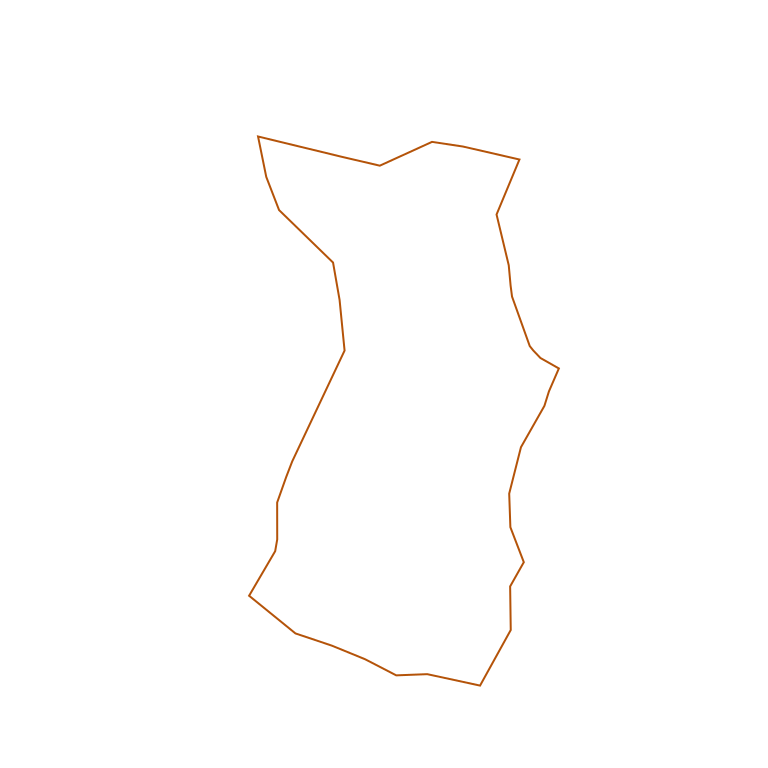 outline of O'lziit, Övörhangay, Mongolia, rotated 28°
{"feature_id": "93677404B71645043055089", "entity_name": "O'lziit", "entity_type": "district", "adm_level": 2, "iso_a3": "MNG", "parent_name": "Mongolia", "parent_adm1": "Övörhangay", "projection": "mercator", "projection_center": [103.414, 46.516], "detail": "fine", "context": "isolated", "style": "outline", "palette": "amber", "viewbox_px": 768, "rotation_deg": 28, "n_neighbors": 0, "source": "geoboundaries", "source_scale": "gbopen_adm2", "svg_char_len": 657}
<svg xmlns="http://www.w3.org/2000/svg" viewBox="0 0 768 768"><g transform="rotate(28 384 384)"><path d="M610.4,605.2L611.4,541.7L590.4,503.5L591.1,475.7L562.8,451.1L546.0,422.0L534.6,375.5L535.9,328.0L533.1,313.1L531.1,288.2L509.9,287.6L500.0,284.3L494.9,282.1L456.0,246.7L449.6,237.7L438.4,220.6L403.8,181.5L398.2,122.2L342.1,137.3L312.7,147.7L277.8,193.2L239.4,203.4L156.6,224.6L182.8,256.4L209.7,279.7L282.0,300.7L305.3,330.6L333.5,373.0L337.1,449.2L339.3,495.5L341.3,512.0L345.3,538.8L362.7,571.4L366.4,582.7L364.3,634.3L422.9,645.8L460.8,639.5L496.6,635.9L531.6,635.5L558.4,619.9L610.4,605.2Z" fill="none" stroke="#b45309" stroke-width="2"/></g></svg>